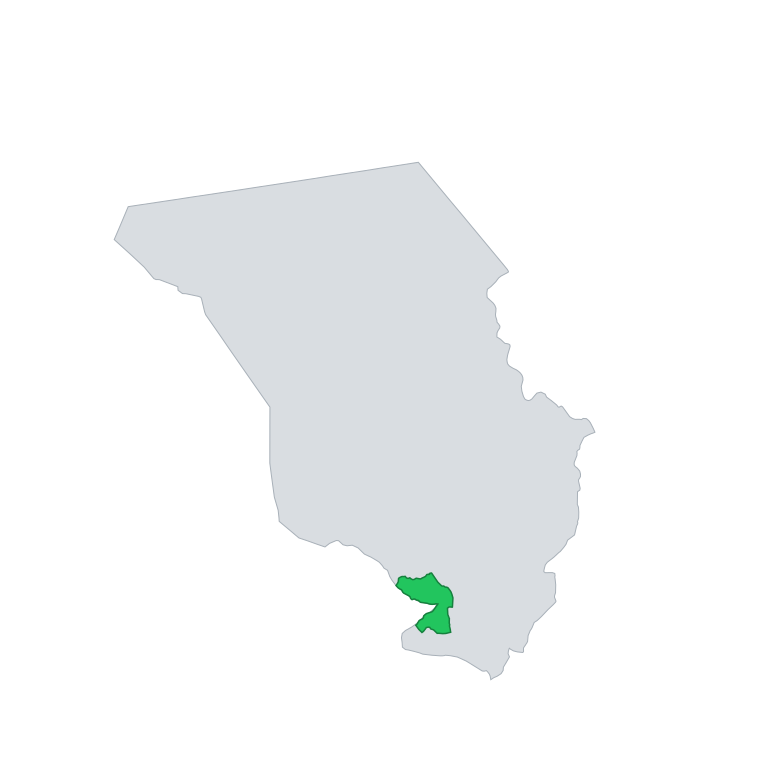 where Mayo-Kebbi Est sits in Chad, rotated 321°
{"feature_id": "TCD-1486", "entity_name": "Mayo-Kebbi Est", "entity_type": "Prefecture", "adm_level": 1, "iso_a3": "TCD", "parent_name": "Chad", "parent_adm1": "", "projection": "natural_earth1", "projection_center": [15.507, 10.186], "detail": "fine", "context": "in_parent", "style": "filled", "palette": "green", "viewbox_px": 768, "rotation_deg": 321, "n_neighbors": 0, "source": "natural_earth", "source_scale": "10m", "svg_char_len": 5857}
<svg xmlns="http://www.w3.org/2000/svg" viewBox="0 0 768 768"><g transform="rotate(321 384 384)"><path d="M550.2,233.3L550.4,250.0L550.6,266.7L550.8,283.4L551.1,300.1L551.3,316.8L551.5,333.5L551.7,350.2L551.9,366.9L551.9,372.5L551.6,374.7L551.4,375.0L550.8,375.3L543.2,373.8L539.9,373.7L535.2,374.9L528.4,375.6L524.0,375.4L521.0,378.2L518.6,381.7L519.8,390.0L519.6,392.7L518.7,395.6L516.6,398.0L514.5,400.0L513.3,401.7L511.8,405.5L510.7,407.2L510.8,409.6L510.5,412.0L509.2,413.3L506.1,414.3L504.0,415.4L502.4,417.2L501.3,418.5L501.9,420.2L502.7,422.6L503.2,426.3L503.5,428.4L505.1,430.2L506.1,431.5L506.4,433.0L505.5,434.3L501.6,437.0L500.1,438.0L498.3,439.3L497.6,439.9L494.8,442.4L493.4,444.7L492.7,446.5L492.8,449.1L494.2,453.0L495.8,456.3L496.5,458.8L496.9,461.5L496.7,464.1L495.9,466.4L494.5,468.4L489.2,472.2L486.6,476.4L484.5,481.5L484.0,484.3L484.6,486.1L485.7,487.7L487.3,488.5L489.6,488.7L493.5,487.9L497.1,487.3L500.9,489.1L502.9,493.4L502.1,496.5L503.6,502.2L505.0,509.0L504.9,511.3L505.4,512.2L507.8,512.6L508.4,514.2L507.7,526.2L508.8,529.5L510.4,531.9L512.2,533.2L514.1,534.8L515.0,535.9L517.1,536.1L519.5,538.3L520.1,541.2L520.0,544.0L518.7,550.1L517.6,554.2L516.2,553.9L513.4,552.9L510.0,552.0L505.8,551.3L501.9,553.0L497.6,555.1L496.2,556.7L495.0,557.7L493.1,557.5L491.4,557.8L490.5,559.3L488.9,561.0L482.7,564.5L481.4,565.8L480.7,567.1L480.7,568.5L481.3,571.3L481.3,574.9L480.0,577.7L478.4,579.6L476.5,580.4L475.0,580.8L474.0,582.0L470.8,588.5L469.4,589.7L466.6,589.5L458.4,599.3L457.6,602.1L454.7,606.2L450.9,610.7L447.5,612.9L447.3,613.8L446.4,614.6L444.3,615.6L437.1,621.2L428.4,620.9L424.6,623.1L420.9,624.1L415.5,625.1L413.8,625.0L406.9,625.5L398.7,625.3L395.5,626.1L392.6,628.2L390.4,630.0L390.1,630.6L390.4,631.4L390.4,632.0L396.1,636.5L397.5,638.7L396.1,640.9L395.4,641.2L395.3,641.3L394.4,643.0L391.1,648.1L386.0,654.1L383.3,655.9L382.3,657.0L381.0,661.0L380.1,661.5L376.6,662.0L369.6,662.5L360.0,663.8L354.3,664.2L350.7,663.8L345.6,666.6L343.8,667.3L342.7,667.5L337.7,670.2L333.6,674.4L332.1,675.1L326.3,676.9L324.0,679.8L322.9,680.0L319.1,676.2L316.6,672.8L315.3,669.4L315.2,668.3L314.5,668.5L312.4,670.0L310.7,671.7L309.8,675.0L303.8,677.3L298.6,679.2L296.3,681.6L292.7,682.8L288.0,682.3L284.4,681.3L280.9,681.0L282.6,678.0L283.3,675.8L283.4,673.0L283.2,671.2L281.1,670.2L279.7,668.8L276.7,660.1L273.6,651.2L269.2,642.4L264.5,636.8L261.0,633.4L259.9,633.0L258.2,631.9L256.9,630.9L250.6,625.0L244.1,618.3L242.4,615.3L239.1,610.7L235.5,606.0L233.6,603.9L232.7,600.1L235.2,596.6L237.9,592.2L241.2,589.3L245.5,589.1L252.6,590.3L260.3,590.7L267.8,589.8L269.8,589.2L271.7,589.2L275.8,590.3L282.9,590.0L286.5,588.3L282.6,585.2L278.4,580.4L274.4,575.2L272.0,570.5L269.8,564.3L267.7,556.8L266.5,546.9L266.7,541.4L267.3,537.4L269.5,531.0L268.1,527.2L268.4,524.1L268.2,519.6L267.5,517.3L264.7,509.8L264.2,509.0L261.7,503.8L260.7,495.1L257.9,489.3L253.5,486.5L251.0,483.2L250.1,477.2L248.4,475.6L241.4,473.6L235.6,473.5L231.4,466.8L226.1,458.1L221.0,450.1L217.9,434.0L216.1,424.8L218.1,422.0L222.3,415.5L227.6,402.9L239.4,383.5L245.5,373.6L257.6,358.7L272.4,340.5L280.8,330.2L282.1,311.5L283.5,291.7L284.6,276.7L285.9,259.0L287.1,244.1L287.9,233.3L289.0,218.0L290.0,215.1L295.8,203.0L296.2,201.4L295.2,199.4L286.9,189.2L284.3,186.9L282.9,181.6L285.0,178.6L275.1,161.5L272.6,159.4L271.5,157.3L271.4,154.2L271.2,142.3L268.6,123.7L265.2,102.0L276.8,95.9L285.6,91.2L296.8,85.2L307.2,91.3L322.3,100.2L337.4,109.1L352.5,117.9L367.6,126.8L382.7,135.7L397.9,144.6L413.0,153.4L428.2,162.3L443.4,171.2L458.6,180.1L473.9,188.9L489.1,197.8L504.3,206.7L519.6,215.5L534.9,224.4L550.2,233.3Z" fill="#d9dde1" stroke="#a8b0b8" stroke-width="1"/><path d="M277.8,591.2L279.6,591.1L286.8,589.1L287.4,588.9L286.0,587.4L284.9,587.0L282.7,585.5L281.3,584.1L281.3,583.9L280.8,583.6L279.6,581.6L275.2,576.9L274.9,576.3L274.7,575.5L274.6,574.6L274.5,573.8L274.2,573.4L273.7,573.0L273.3,572.4L272.8,571.0L272.5,570.4L271.9,570.0L271.7,569.8L271.5,569.7L271.2,569.6L270.8,569.5L270.5,569.4L270.2,569.3L270.0,569.1L269.8,568.4L269.8,567.4L270.0,566.5L270.3,565.9L270.3,565.3L270.1,564.4L267.7,558.9L267.6,557.5L268.0,555.9L268.1,555.0L267.9,554.3L267.5,553.8L266.7,551.4L266.5,548.2L269.3,547.3L269.9,547.0L270.4,546.8L271.4,545.9L272.1,545.1L272.4,544.9L272.5,544.8L272.7,544.5L272.8,544.4L273.0,544.3L273.3,544.2L275.0,544.4L276.5,544.8L276.9,545.0L277.4,545.4L278.5,546.3L278.8,546.5L279.1,546.6L279.4,546.8L279.4,548.7L279.6,549.3L280.1,549.9L280.6,550.3L281.1,550.6L281.7,550.8L282.0,550.8L282.2,551.1L282.2,551.8L282.4,552.3L282.6,552.9L283.1,554.0L283.5,554.3L284.0,554.6L284.5,554.9L285.0,555.0L285.8,555.0L286.4,555.1L286.9,555.3L287.5,556.0L289.4,558.2L290.1,558.6L291.3,558.7L293.9,559.4L295.1,559.6L295.8,559.5L297.1,559.1L297.6,559.1L299.3,560.4L299.6,560.5L300.0,559.9L300.8,560.1L301.9,560.7L302.0,561.0L301.1,571.9L301.7,576.8L301.8,577.2L302.0,577.6L302.3,577.9L302.5,578.1L303.0,578.4L303.2,578.5L303.3,578.7L303.4,579.0L303.6,579.6L303.7,580.2L303.9,580.6L304.7,581.2L305.0,581.6L305.4,582.4L305.4,582.6L305.5,583.0L305.4,585.0L305.4,585.9L305.2,587.7L304.4,590.2L303.0,593.5L302.7,593.9L296.8,600.4L296.6,600.4L296.4,600.2L294.8,598.6L294.0,598.2L293.0,598.2L292.6,598.1L292.2,598.2L288.5,603.3L288.3,603.8L288.2,604.3L287.2,607.2L287.2,607.4L287.1,607.5L284.7,610.3L284.0,611.3L283.8,612.0L283.5,612.5L283.3,612.7L283.0,612.9L282.8,613.0L282.6,613.4L282.3,613.7L282.1,614.2L281.7,615.1L280.8,616.9L280.6,617.2L280.3,617.5L279.8,618.6L279.6,618.9L277.5,617.9L275.1,616.8L272.6,615.0L269.7,612.2L268.4,611.2L267.8,606.2L266.2,603.8L266.4,601.9L265.4,600.8L263.6,599.9L262.0,600.4L258.9,601.1L257.1,601.0L256.6,596.5L256.9,591.4L258.2,591.5L262.3,590.0L263.7,590.1L265.6,590.6L266.6,590.7L267.5,590.4L267.8,590.2L268.4,589.6L268.8,589.3L269.0,589.2L270.5,589.1L272.4,589.1L277.8,591.2Z" fill="#22c55e" stroke="#15803d" stroke-width="1.5"/></g></svg>